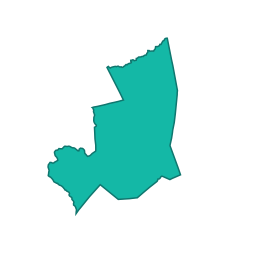 the district of Jenipapo dos Vieiras, Maranhão, Brazil, rotated 198°
{"feature_id": "56859067B54788790955635", "entity_name": "Jenipapo dos Vieiras", "entity_type": "district", "adm_level": 2, "iso_a3": "BRA", "parent_name": "Brazil", "parent_adm1": "Maranhão", "projection": "orthographic", "projection_center": [-45.494, -5.415], "detail": "fine", "context": "isolated", "style": "filled", "palette": "teal", "viewbox_px": 256, "rotation_deg": 198, "n_neighbors": 0, "source": "geoboundaries", "source_scale": "gbopen_adm2", "svg_char_len": 2939}
<svg xmlns="http://www.w3.org/2000/svg" viewBox="0 0 256 256"><g transform="rotate(198 128 128)"><path d="M191.5,71.2L191.9,69.8L192.4,68.4L192.0,66.2L190.5,64.1L189.8,63.0L189.8,61.7L189.4,60.0L189.3,59.1L189.1,58.0L187.6,57.4L186.6,57.4L184.7,56.4L183.5,55.6L182.9,55.1L181.9,54.0L178.8,53.4L177.8,53.6L177.3,53.1L176.5,52.8L175.6,52.5L174.7,52.5L173.4,52.4L172.3,51.9L171.2,51.4L170.4,50.8L169.4,50.2L168.6,49.5L167.8,49.7L166.9,49.1L165.6,48.9L164.2,48.6L163.4,47.7L163.4,46.1L162.6,45.3L161.4,44.9L160.0,44.5L159.6,43.8L159.2,42.7L158.3,42.2L157.5,41.8L156.5,40.7L156.5,39.4L155.9,37.9L154.4,37.4L153.5,36.6L151.7,34.3L151.5,32.9L151.1,31.2L150.9,30.5L149.5,35.1L148.7,37.0L143.4,50.8L136.9,65.5L135.6,65.0L115.2,57.1L104.9,61.2L98.6,64.1L97.6,64.5L93.8,70.8L88.9,78.7L87.4,80.9L84.2,85.7L83.7,86.7L83.7,88.7L82.6,89.2L82.1,89.9L81.6,91.8L81.0,92.6L80.2,92.7L72.2,91.9L70.4,93.7L63.6,99.7L67.2,104.5L68.9,106.7L80.9,122.0L82.3,123.8L82.7,124.5L83.4,131.8L84.3,137.3L84.8,139.8L85.7,147.5L87.4,156.1L91.5,174.8L92.2,177.1L92.5,178.8L104.6,201.1L107.6,206.2L118.4,225.5L119.4,225.2L120.3,224.5L120.7,223.6L120.7,222.4L121.7,221.5L121.9,220.7L122.0,219.9L122.3,218.8L122.4,217.7L123.5,217.4L123.6,216.4L124.1,215.3L125.0,214.6L125.9,214.3L126.9,213.9L126.7,212.7L126.6,211.8L126.8,211.0L127.2,210.2L127.4,209.1L128.5,208.8L129.8,208.3L131.0,207.8L131.9,208.2L133.1,207.8L132.6,206.5L132.8,205.6L133.2,204.6L133.1,203.2L134.4,202.5L135.1,201.8L135.6,200.7L136.7,200.5L137.5,199.7L138.4,199.3L139.9,198.7L140.7,197.2L141.6,196.7L141.2,195.8L141.1,195.0L142.0,194.5L142.9,193.9L143.9,194.4L144.8,194.2L145.4,193.6L146.3,193.2L145.9,192.2L145.1,191.9L145.3,190.8L146.0,190.4L146.6,189.7L147.3,189.5L148.0,188.6L148.4,187.8L149.4,187.8L149.9,187.0L150.3,186.0L151.1,185.2L151.7,184.1L152.5,183.8L153.3,184.1L154.3,183.6L155.2,183.5L156.3,183.8L157.2,183.4L158.1,182.7L159.1,182.7L160.5,181.9L161.8,181.1L162.7,180.4L163.3,179.6L164.7,179.9L165.7,180.5L166.3,179.8L166.7,179.1L148.7,161.1L147.0,159.4L141.0,153.2L145.2,150.4L148.7,148.3L153.0,145.8L156.9,143.2L163.9,139.0L167.1,137.3L168.3,136.4L167.5,136.1L166.9,135.2L166.2,134.6L166.0,133.6L165.8,132.7L165.1,131.9L164.6,131.1L163.7,130.0L163.7,128.4L163.7,127.4L163.4,126.4L163.1,125.3L162.8,124.3L162.2,123.3L161.4,122.4L160.3,121.5L159.0,120.9L158.8,120.0L159.5,119.0L160.1,118.3L157.7,112.0L156.0,107.4L153.4,101.8L152.0,97.7L151.6,96.2L152.0,95.5L154.2,92.7L155.0,91.0L155.8,89.8L157.7,88.5L160.3,90.1L161.2,90.5L161.7,91.5L162.0,92.2L162.6,93.4L164.2,94.3L165.0,94.5L167.0,94.1L167.9,92.7L167.6,91.2L168.5,90.8L172.3,92.3L173.3,92.4L174.7,92.0L176.3,92.2L177.7,92.5L178.7,92.4L180.2,91.6L182.4,91.2L183.1,90.3L184.2,87.9L185.8,87.4L187.3,87.1L187.8,85.8L188.2,85.1L189.0,84.9L189.9,84.3L190.5,82.4L190.2,81.6L188.7,79.2L186.6,78.0L185.4,76.8L184.8,75.5L186.2,73.9L187.3,72.8L187.8,71.8L189.1,71.3L190.4,71.5L191.5,71.2Z" fill="#14b8a6" stroke="#0f766e" stroke-width="1.5"/></g></svg>